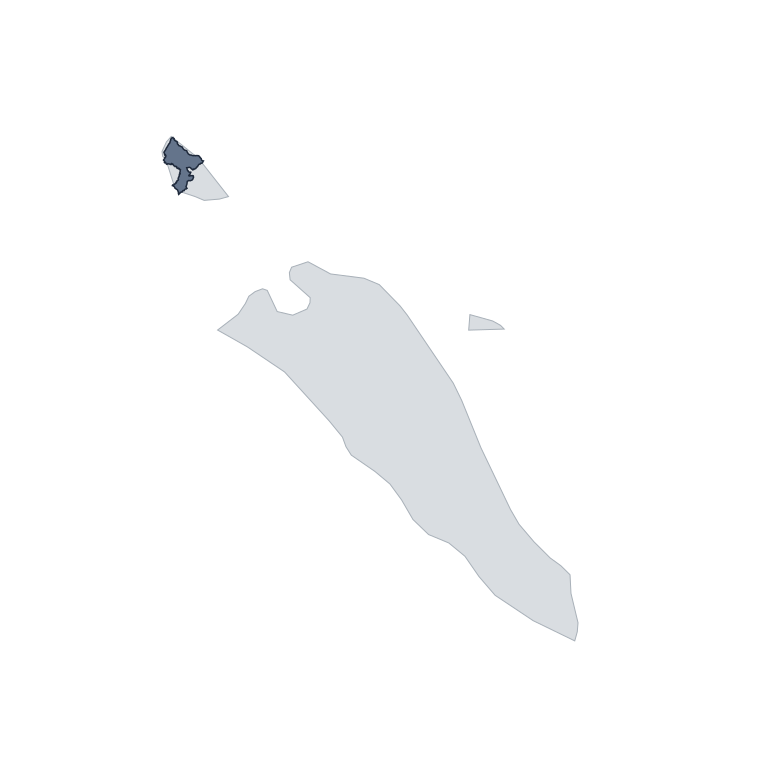 location of Nitibe, Ambeno, East Timor, rotated 67°
{"feature_id": "22284137B96760248350473", "entity_name": "Nitibe", "entity_type": "district", "adm_level": 2, "iso_a3": "TLS", "parent_name": "East Timor", "parent_adm1": "Ambeno", "projection": "albers", "projection_center": [124.176, -9.337], "detail": "fine", "context": "in_parent", "style": "filled", "palette": "slate", "viewbox_px": 768, "rotation_deg": 67, "n_neighbors": 0, "source": "geoboundaries", "source_scale": "gbopen_adm2", "svg_char_len": 6168}
<svg xmlns="http://www.w3.org/2000/svg" viewBox="0 0 768 768"><g transform="rotate(67 384 384)"><path d="M269.3,516.1L262.8,491.0L255.8,480.2L250.4,474.1L248.6,466.5L248.9,458.6L252.2,454.9L275.6,454.0L285.0,441.1L284.9,425.6L280.3,420.4L275.7,418.2L251.4,429.7L244.5,427.6L240.4,423.4L241.8,406.2L261.8,390.2L278.8,361.1L290.7,349.5L318.4,338.7L329.6,335.7L410.3,319.9L429.5,318.9L480.6,319.7L549.0,316.6L565.9,314.5L587.9,307.6L609.1,299.0L620.4,292.2L632.3,287.3L649.8,293.7L679.6,298.7L687.6,302.9L695.0,308.8L660.1,339.2L621.9,364.3L598.4,371.8L574.2,376.8L555.6,386.5L540.0,401.8L520.0,410.3L497.6,413.1L478.4,417.6L461.0,426.5L436.7,441.9L426.9,443.5L416.6,443.0L396.5,448.9L334.1,470.8L296.4,495.3L269.3,516.1ZM73.0,483.1L103.8,466.6L150.7,453.9L149.5,463.2L144.7,477.8L137.6,484.7L126.8,497.0L119.8,499.7L91.7,497.0L88.1,498.8L83.2,497.5L76.1,489.6L73.0,483.1ZM380.4,251.9L367.5,285.0L353.7,277.8L368.5,259.3L375.6,253.8L380.4,251.9Z" fill="#d9dde1" stroke="#a8b0b8" stroke-width="1"/><path d="M124.8,489.0L124.5,488.6L124.4,488.5L124.3,488.4L123.9,488.2L123.2,487.5L122.9,487.3L122.8,487.2L120.9,486.1L120.6,485.9L120.6,485.3L120.4,484.7L120.4,484.2L120.5,484.0L121.0,483.3L121.2,483.0L121.2,482.1L121.3,481.3L121.2,480.8L120.9,480.2L120.6,479.8L120.5,479.7L119.9,479.2L119.4,478.6L119.0,478.6L118.4,478.3L118.1,478.5L117.8,478.3L117.6,478.5L117.1,479.3L117.1,479.6L116.6,480.9L116.7,481.1L116.5,481.7L116.4,482.1L115.8,482.2L115.3,481.4L115.1,480.6L113.6,479.1L113.3,479.4L113.2,479.8L113.1,480.1L112.9,480.5L112.3,480.9L111.9,481.1L111.5,481.0L111.2,481.0L110.8,481.4L110.7,481.4L107.8,481.1L108.2,480.0L108.3,479.2L108.5,478.6L108.7,478.2L108.9,478.0L109.2,477.7L109.6,477.5L110.3,477.4L110.7,477.2L111.2,476.9L111.5,476.6L112.3,476.3L112.3,476.1L112.2,476.0L111.8,475.9L111.7,475.8L111.7,475.6L111.7,475.4L111.8,475.1L112.1,474.9L111.9,474.6L112.1,474.2L112.1,473.8L112.1,473.4L112.1,473.1L111.9,472.9L111.7,472.4L111.5,472.2L111.2,471.8L111.2,471.2L111.2,470.9L110.5,470.1L110.4,469.8L110.1,469.6L109.9,469.2L109.5,468.5L109.5,468.4L109.5,468.2L109.7,467.7L109.7,467.4L109.7,467.2L109.4,466.9L109.2,466.6L109.3,466.4L109.6,465.5L109.5,465.3L109.5,465.0L109.0,464.2L108.8,463.9L108.6,463.8L108.4,463.7L108.1,463.1L107.9,463.3L107.6,463.8L107.3,464.1L106.8,464.4L106.5,464.4L105.9,464.3L105.0,464.2L104.8,464.3L104.5,464.4L104.3,464.6L104.1,464.7L103.3,464.7L103.0,465.0L102.2,465.1L101.5,465.4L101.4,465.5L100.9,466.5L100.6,466.8L100.3,468.2L100.1,468.5L99.9,468.6L99.5,469.8L99.4,470.0L99.2,470.5L98.9,471.0L98.6,471.4L97.9,472.0L97.7,472.3L97.7,472.5L97.5,472.8L97.4,473.1L97.2,473.2L96.9,473.4L96.6,473.6L96.2,474.0L95.8,474.2L95.5,474.3L94.3,474.4L93.3,474.6L92.6,474.4L92.1,474.5L91.6,475.1L91.0,476.0L90.6,476.3L89.3,476.9L88.7,477.0L88.2,477.1L87.5,477.1L87.4,477.1L87.1,477.1L86.8,477.3L86.5,477.8L86.0,478.2L85.8,478.3L85.1,478.8L84.6,479.6L84.4,479.7L83.5,479.8L83.4,479.9L83.2,479.9L83.2,480.0L82.4,480.3L82.1,480.3L81.7,480.2L81.2,479.9L80.8,479.9L80.7,479.9L80.1,479.8L79.9,479.9L79.7,480.2L78.8,480.9L78.1,481.4L77.2,481.6L76.9,481.7L76.5,481.6L76.3,481.4L76.1,481.3L76.0,481.5L75.8,481.6L75.0,482.0L74.6,482.0L74.6,482.3L74.6,482.8L74.7,483.1L74.6,483.4L74.6,483.5L74.9,483.9L75.2,484.3L75.4,484.7L76.3,485.1L76.6,485.5L77.1,486.0L77.5,486.3L77.7,486.5L77.8,486.5L78.0,486.7L78.3,486.8L78.6,487.4L78.9,487.9L79.0,488.4L79.3,488.7L79.5,488.9L79.7,489.1L79.9,489.5L80.4,490.1L80.9,490.7L81.1,490.9L81.2,491.3L81.7,491.9L81.9,492.3L82.2,492.6L82.4,492.8L83.0,493.4L83.5,494.1L83.7,494.6L84.3,495.2L84.4,495.5L84.5,495.6L84.6,496.0L84.8,496.0L85.1,496.1L86.3,496.1L86.5,496.2L87.1,496.3L87.2,496.2L87.3,495.7L87.5,495.6L87.9,495.9L88.1,496.2L88.2,496.3L88.3,496.2L88.6,495.7L88.8,495.6L89.1,495.9L89.8,496.4L89.9,496.5L89.9,497.0L90.1,497.5L90.3,497.5L90.4,497.4L90.5,497.5L90.9,498.2L91.1,498.5L91.4,499.0L91.5,499.3L91.7,499.5L92.0,499.4L92.6,499.1L93.6,499.0L94.2,499.5L94.3,499.6L94.5,499.5L94.7,499.4L94.7,499.1L94.7,498.9L94.5,498.7L94.8,498.5L95.2,498.6L95.4,498.6L95.8,498.4L96.2,498.4L96.6,498.3L96.7,498.2L97.0,498.0L97.0,497.7L96.7,497.0L96.7,496.8L96.9,496.6L97.2,496.4L97.4,495.9L97.6,495.7L97.8,495.4L98.1,495.2L98.2,494.9L98.7,494.5L98.8,494.4L98.8,494.2L98.6,494.1L98.1,493.8L98.0,493.4L98.2,493.2L98.7,493.1L98.9,493.0L98.9,492.8L99.1,492.8L99.1,492.5L99.2,492.4L99.6,492.4L100.2,492.2L100.6,492.2L101.1,492.0L101.4,491.9L101.7,491.4L101.9,491.3L102.2,491.3L102.2,491.1L102.2,490.8L102.3,490.6L102.5,490.4L102.6,490.2L102.8,490.0L103.0,490.0L103.3,490.2L103.5,490.3L104.0,490.1L104.4,490.2L104.7,490.1L104.8,490.0L104.9,489.8L104.8,489.4L105.0,489.1L105.0,488.8L105.1,488.7L105.4,488.5L105.5,488.5L105.8,488.6L105.9,488.4L106.2,488.6L106.4,488.1L106.6,488.0L106.9,488.0L107.3,487.7L107.4,487.8L107.7,488.1L108.1,488.4L108.4,488.4L108.8,488.6L109.7,489.3L110.0,489.7L110.5,489.4L110.8,489.4L110.9,489.5L111.0,490.0L111.4,490.3L111.5,490.5L111.5,490.8L112.2,491.0L112.5,491.1L112.7,491.3L112.7,491.5L112.9,491.7L113.3,492.0L113.4,492.3L113.7,492.5L114.1,493.0L114.4,493.1L114.7,493.3L114.8,493.4L115.4,493.3L115.7,493.5L116.0,493.9L116.1,495.1L116.3,495.1L116.5,495.5L116.9,495.7L116.9,495.8L116.9,496.0L117.0,496.4L117.0,496.6L117.2,496.8L117.3,496.5L117.7,496.6L117.8,496.7L117.8,496.9L117.7,497.1L117.8,497.4L117.9,497.8L118.1,498.0L118.2,498.4L118.1,498.6L118.1,499.0L118.4,499.1L118.5,499.1L118.6,499.7L118.7,499.9L118.6,500.2L118.7,500.4L118.6,500.5L118.3,500.6L118.2,500.8L118.4,501.1L118.7,501.3L119.3,500.6L120.2,500.1L120.6,499.9L121.2,499.8L121.6,499.9L122.0,499.9L122.8,499.3L123.0,499.3L123.3,499.2L123.9,498.7L124.6,498.3L124.9,498.2L125.5,498.3L126.2,498.3L126.4,498.3L126.8,498.2L127.0,498.3L127.5,498.5L127.9,498.7L129.2,498.9L129.1,498.6L129.1,498.4L128.8,498.0L128.8,497.9L128.8,497.7L128.7,497.4L128.6,497.2L128.4,497.1L128.3,496.8L128.1,496.6L128.1,496.4L128.2,496.1L128.1,495.9L128.2,495.6L128.1,495.4L128.1,495.2L128.3,494.6L127.9,494.2L127.8,493.9L127.5,493.7L127.4,493.3L127.5,493.0L127.8,492.7L127.9,492.4L127.7,492.1L127.4,491.9L127.0,491.1L126.9,490.3L127.1,490.0L127.2,489.7L126.9,489.3L126.9,489.0L126.9,488.9L125.1,489.2L124.8,489.0Z" fill="#64748b" stroke="#1e293b" stroke-width="1.5"/></g></svg>